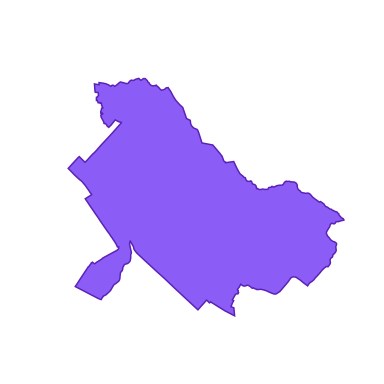 Greci, Tulcea, Romania, rotated 344°
{"feature_id": "2599482B78570250363817", "entity_name": "Greci", "entity_type": "district", "adm_level": 2, "iso_a3": "ROU", "parent_name": "Romania", "parent_adm1": "Tulcea", "projection": "mercator", "projection_center": [28.252, 45.183], "detail": "fine", "context": "isolated", "style": "filled", "palette": "violet", "viewbox_px": 384, "rotation_deg": 344, "n_neighbors": 0, "source": "geoboundaries", "source_scale": "gbopen_adm2", "svg_char_len": 5976}
<svg xmlns="http://www.w3.org/2000/svg" viewBox="0 0 384 384"><g transform="rotate(344 192 192)"><path d="M75.0,270.4L77.2,268.3L77.8,268.1L78.2,267.6L79.0,267.5L81.1,267.1L86.1,264.5L87.1,263.7L90.8,260.1L92.0,259.3L93.0,259.2L96.4,257.8L97.3,257.3L97.9,256.7L98.6,255.7L100.8,250.2L101.5,249.4L103.2,248.4L103.6,247.9L104.4,246.4L104.3,246.1L105.1,245.0L105.6,244.6L106.9,243.2L107.6,243.0L110.3,243.0L111.5,242.6L113.3,241.5L114.5,239.4L115.0,238.2L115.7,235.7L115.9,235.2L116.7,234.3L116.9,233.8L117.1,233.0L117.5,226.4L117.7,224.5L118.0,224.0L118.3,223.6L118.8,223.3L119.0,221.6L120.6,228.4L120.5,231.3L122.0,235.3L126.5,242.8L136.9,259.9L141.7,267.5L149.0,280.0L165.2,306.9L175.2,300.6L176.1,299.9L176.6,300.5L178.2,303.4L178.7,303.3L179.6,302.7L179.8,302.8L180.4,303.7L181.4,304.8L190.8,315.2L198.8,322.8L200.3,314.9L197.9,313.0L200.2,309.9L202.1,307.9L201.1,306.8L205.7,302.3L206.6,302.2L207.3,302.3L208.0,302.6L209.0,301.6L208.9,301.5L209.0,301.4L208.8,300.9L208.9,300.3L209.3,299.8L209.3,299.5L208.7,298.4L209.2,297.8L211.1,296.5L213.4,294.1L214.6,295.7L215.9,296.7L216.3,296.9L217.8,297.0L218.4,297.0L219.2,296.8L220.1,297.1L220.5,297.4L222.2,299.3L222.5,299.9L223.2,300.9L223.7,301.2L224.6,301.1L225.5,302.0L225.9,302.5L226.8,302.9L227.2,303.5L228.9,304.1L229.9,304.1L232.0,304.8L233.6,305.7L236.6,307.7L238.6,309.5L241.9,312.1L242.7,312.6L244.0,313.1L245.0,313.1L249.0,311.9L257.2,306.5L259.8,304.7L263.1,302.0L264.8,301.4L265.9,301.5L267.8,302.2L268.5,302.6L271.9,306.7L273.8,309.6L277.3,314.1L279.4,312.2L280.2,311.8L282.7,311.0L284.9,310.0L287.3,308.2L288.2,307.8L292.7,305.0L295.5,303.0L298.1,301.6L300.5,300.7L300.8,300.7L302.0,301.3L302.5,301.2L305.1,299.0L305.6,298.0L305.8,296.2L306.0,295.6L306.2,295.1L306.8,294.3L307.8,293.7L308.9,293.4L309.4,292.8L309.8,291.8L310.5,291.0L311.8,290.5L313.3,289.4L314.1,288.6L314.4,288.1L314.7,287.1L315.0,284.8L315.2,284.2L315.6,283.5L316.5,282.4L316.6,281.8L316.7,281.4L316.3,280.4L316.0,280.0L315.1,279.1L313.9,278.3L313.0,277.4L312.5,276.7L311.9,275.6L311.3,273.8L310.3,271.9L310.1,271.2L309.8,269.2L310.0,268.1L310.3,267.5L310.9,266.9L313.2,264.7L314.5,263.6L314.9,263.2L315.5,262.0L316.2,261.3L317.3,260.7L317.7,260.6L319.3,261.6L320.2,261.8L320.8,261.6L322.1,260.5L323.1,260.4L324.6,260.9L327.3,260.7L329.3,260.9L329.9,260.8L330.2,260.9L330.3,260.1L330.1,259.5L329.9,259.2L329.2,258.7L329.0,258.3L328.4,257.8L328.1,256.9L327.1,255.0L327.0,254.8L327.1,253.5L326.5,253.0L326.1,251.5L325.3,250.8L324.6,250.6L324.0,249.8L323.2,249.3L323.0,248.9L321.7,248.0L321.4,247.2L319.8,246.3L318.7,244.8L318.2,244.1L317.1,243.2L316.4,242.7L316.1,242.0L315.5,239.9L315.1,239.3L313.0,236.7L312.6,236.6L311.6,236.8L309.3,233.8L308.5,232.9L306.4,229.9L305.8,228.4L305.0,226.7L304.4,225.9L303.7,225.3L303.1,225.0L300.6,224.5L299.3,223.7L298.4,223.4L297.0,222.5L296.2,220.7L295.1,219.3L294.7,218.3L294.6,217.8L294.6,216.2L294.7,215.5L295.1,214.6L294.8,212.8L294.5,212.1L293.2,210.7L291.1,209.9L289.6,209.4L288.9,208.7L287.6,208.3L286.8,208.2L285.8,207.6L285.4,207.6L284.1,207.9L283.0,208.6L282.4,209.4L282.1,209.7L281.7,209.7L280.8,210.2L279.6,210.1L278.7,209.7L275.7,209.3L271.8,209.8L270.9,208.9L270.4,208.6L269.8,209.2L267.0,208.9L265.9,210.1L265.4,210.3L263.8,209.8L262.6,209.6L261.7,209.0L260.2,208.5L259.3,208.7L257.2,208.1L256.7,207.6L256.1,206.8L255.3,206.8L255.2,206.6L255.0,206.2L255.2,205.4L255.1,204.8L255.2,204.2L255.2,203.6L254.4,202.2L253.1,201.4L252.3,200.8L252.2,198.6L251.7,197.6L251.4,197.5L251.1,197.7L249.5,197.4L248.3,197.0L247.2,195.3L247.3,194.3L247.1,192.9L245.9,192.0L245.2,190.6L243.2,187.8L241.9,182.8L240.5,174.2L232.3,173.1L232.5,172.5L231.5,171.6L231.2,171.1L231.1,170.7L230.8,165.9L230.7,165.8L229.4,162.4L224.9,152.5L215.1,147.6L214.8,137.0L214.6,134.5L214.1,133.2L211.4,131.1L210.0,128.7L209.5,126.3L210.1,122.6L207.0,119.9L206.4,108.2L204.0,104.2L201.6,99.1L200.3,94.6L199.4,90.0L197.8,85.0L195.7,84.8L194.7,85.4L193.4,85.8L190.7,85.8L189.4,83.8L188.9,82.4L187.5,80.4L187.2,79.5L186.8,79.4L186.2,79.6L185.3,79.4L184.0,79.3L183.0,78.9L182.1,78.2L181.8,77.7L181.3,77.1L181.1,76.7L180.8,75.2L180.3,74.6L179.9,74.0L179.7,72.5L179.0,71.4L178.5,70.4L178.2,70.1L177.5,69.8L176.7,69.6L176.1,69.7L173.9,70.6L173.2,70.0L172.3,68.2L172.2,68.1L168.7,68.1L166.7,68.7L165.9,68.3L164.4,67.8L163.6,67.9L162.9,68.2L161.8,68.9L160.6,69.9L159.8,69.9L158.9,69.7L153.9,66.7L153.4,66.5L152.2,66.9L150.1,67.9L147.5,69.0L146.8,69.1L145.8,67.7L145.2,67.5L144.4,67.4L143.5,67.9L143.1,68.0L142.6,67.5L141.0,65.7L138.8,64.1L136.4,62.8L132.8,61.2L132.2,63.3L128.0,61.2L126.4,69.2L126.5,69.4L126.7,69.6L129.2,70.5L128.8,72.9L128.8,73.4L128.7,73.5L128.4,73.6L127.7,74.2L127.4,74.5L126.9,74.5L126.8,74.8L126.6,74.9L126.2,74.8L125.7,76.3L125.4,77.7L126.2,77.8L126.2,78.8L126.3,79.1L126.4,80.4L128.3,80.8L128.2,81.4L129.4,81.6L129.2,82.7L129.0,83.6L129.5,86.5L128.2,86.5L127.7,87.8L126.4,89.6L126.1,91.3L127.4,91.3L127.8,92.3L125.5,93.1L125.3,94.9L126.4,99.9L126.5,100.3L126.3,101.8L126.5,102.1L127.2,102.1L127.8,102.7L128.4,103.8L128.5,104.2L128.5,104.8L128.6,105.2L129.8,106.9L132.8,105.3L138.1,101.5L140.8,104.2L143.3,105.7L142.7,106.3L131.9,113.2L117.1,122.1L112.9,124.8L112.4,125.2L109.4,127.0L106.9,128.2L105.3,129.2L103.9,130.0L101.6,131.5L99.8,132.6L97.3,133.9L93.4,126.9L91.7,127.7L85.6,131.4L79.5,135.2L83.8,143.3L87.0,148.6L88.2,150.3L88.6,150.7L89.4,152.1L89.8,153.3L90.8,155.3L91.6,157.4L93.2,162.0L94.0,164.7L94.9,166.6L94.8,166.9L87.5,169.1L87.9,170.4L88.3,171.4L90.8,179.3L92.0,182.7L93.2,186.5L94.6,190.5L96.1,195.3L99.8,206.3L101.0,209.4L102.2,213.3L102.6,214.0L102.8,215.0L103.5,217.2L103.7,217.6L104.7,221.1L104.7,221.6L105.2,223.4L105.0,223.7L105.0,224.0L105.4,224.4L106.4,224.6L106.0,225.2L106.1,225.7L106.0,226.0L105.5,226.6L103.2,227.5L88.8,230.7L87.4,231.1L86.8,231.6L80.8,233.3L78.7,234.2L77.8,233.4L77.2,232.4L76.9,232.0L76.3,232.3L75.9,232.3L75.6,232.4L75.5,232.7L72.0,235.4L71.7,235.3L59.6,245.6L58.1,247.0L53.7,250.7L72.6,268.6L75.0,270.4Z" fill="#8b5cf6" stroke="#5b21b6" stroke-width="1.5"/></g></svg>